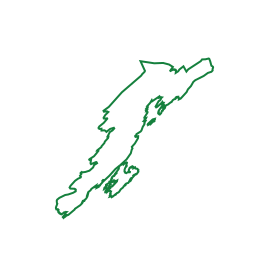 Tranøy nor, Troms, Norway, rotated 323°
{"feature_id": "86288312B72673303782724", "entity_name": "Tranøy nor", "entity_type": "district", "adm_level": 2, "iso_a3": "NOR", "parent_name": "Norway", "parent_adm1": "Troms", "projection": "robinson", "projection_center": [17.384, 69.178], "detail": "fine", "context": "isolated", "style": "outline", "palette": "green", "viewbox_px": 256, "rotation_deg": 323, "n_neighbors": 0, "source": "geoboundaries", "source_scale": "gbopen_adm2", "svg_char_len": 5909}
<svg xmlns="http://www.w3.org/2000/svg" viewBox="0 0 256 256"><g transform="rotate(323 128 128)"><path d="M178.2,82.2L175.9,92.6L175.0,93.1L171.4,93.6L170.3,94.1L144.6,95.8L125.4,99.6L118.8,99.5L118.6,100.5L121.2,102.0L121.9,103.4L117.8,103.9L114.7,105.1L114.4,105.8L114.7,106.2L117.1,107.7L117.0,108.1L111.8,109.3L106.0,109.5L104.6,110.1L104.3,110.7L104.7,111.6L106.4,112.6L105.3,114.1L107.7,115.6L108.3,116.7L108.4,118.1L113.2,118.0L116.8,119.3L116.7,120.1L114.1,120.6L111.1,120.3L106.5,122.5L107.2,123.1L106.1,124.0L101.4,124.9L100.0,125.8L95.8,126.7L95.2,127.2L90.1,127.3L89.8,127.4L90.8,128.1L90.7,128.4L87.7,129.2L83.9,130.1L78.5,129.7L77.2,130.3L78.9,130.2L79.6,130.9L77.4,133.0L76.7,133.9L76.7,134.6L82.1,136.0L82.3,136.4L82.1,137.5L78.6,137.2L76.4,138.5L71.6,138.9L67.6,137.5L64.7,135.9L64.6,135.3L63.5,135.3L63.5,135.9L62.9,135.9L62.9,136.7L60.9,137.3L61.0,138.7L60.4,139.0L57.5,138.4L54.0,138.3L47.2,139.6L45.5,140.4L45.5,141.7L48.7,144.3L49.1,145.1L48.8,145.4L49.1,145.9L48.1,147.1L45.1,146.7L40.2,145.1L37.5,143.7L31.2,142.5L28.3,142.6L27.3,143.2L26.0,145.3L26.0,145.9L22.7,148.0L22.1,148.8L21.8,149.8L22.8,150.4L22.5,151.1L23.2,151.0L23.3,151.6L22.5,152.1L22.3,153.4L21.7,153.6L21.8,154.3L22.1,154.3L22.8,156.0L22.3,156.0L22.7,156.9L22.3,157.1L26.4,156.9L27.4,157.8L28.6,157.4L28.1,157.8L28.4,158.1L26.3,158.2L26.2,158.5L27.1,158.7L25.9,159.0L26.1,159.4L23.4,159.5L24.5,159.8L24.6,160.0L23.2,159.7L21.5,160.1L23.6,160.4L23.1,161.0L24.4,161.0L24.1,161.2L25.4,160.9L27.9,161.3L27.5,161.5L36.3,161.0L37.0,160.6L43.4,160.9L46.2,160.5L46.4,160.4L46.1,160.1L48.1,159.0L49.3,159.4L48.8,159.8L49.2,160.0L49.6,159.8L49.5,159.4L52.1,159.2L54.3,158.3L54.8,157.9L53.5,158.1L57.6,155.3L60.6,155.2L62.1,154.6L67.8,154.7L67.3,155.0L68.0,155.2L67.8,155.6L69.5,155.6L68.1,155.9L68.4,156.0L67.9,156.4L68.5,156.1L69.1,156.3L67.9,156.6L67.7,156.7L68.2,156.9L67.7,157.1L69.3,157.4L69.9,156.9L69.6,156.3L70.6,156.2L70.1,156.5L71.6,156.8L70.7,157.2L70.9,157.2L71.8,156.6L74.5,156.1L75.2,155.7L75.3,155.1L74.9,155.0L76.9,154.5L77.2,154.8L76.0,155.8L84.5,154.9L93.1,153.2L98.1,153.0L98.3,153.4L96.4,154.1L96.4,154.7L95.7,155.2L91.2,156.5L92.0,156.8L91.6,157.3L90.0,157.3L88.2,158.0L87.5,157.9L87.4,157.5L86.2,157.5L85.1,158.0L84.8,158.8L84.3,158.5L83.6,158.9L82.9,159.8L82.9,159.5L82.1,160.0L80.8,159.6L80.1,160.5L76.3,160.1L75.5,161.0L76.6,161.1L76.5,161.4L73.3,161.5L72.3,162.3L74.5,162.4L73.2,163.4L74.2,163.0L74.8,163.3L75.0,163.6L74.6,164.1L75.0,164.2L78.2,163.3L78.2,162.8L80.3,162.5L80.3,162.0L79.8,162.0L81.0,161.1L83.2,161.8L84.4,161.2L85.1,161.3L84.9,161.7L85.7,162.3L84.8,163.1L87.7,163.4L87.0,164.0L80.7,165.1L80.6,164.7L79.4,165.0L78.5,164.6L77.3,164.9L77.3,165.4L76.3,165.2L76.5,164.6L76.1,164.2L74.0,164.4L71.3,165.0L71.7,165.1L71.1,165.7L71.3,165.9L70.8,166.0L73.8,165.8L74.4,166.3L74.1,166.5L75.4,166.4L75.3,166.8L75.9,167.4L75.6,167.8L76.2,168.5L74.0,169.8L73.8,170.2L74.1,170.5L72.9,171.0L73.2,171.5L72.2,171.9L73.3,172.3L73.3,173.3L74.2,173.1L74.4,173.6L78.0,173.4L78.1,173.8L79.8,173.3L81.2,173.6L80.9,173.7L82.6,173.6L85.3,172.6L88.4,172.5L89.5,171.9L91.5,172.2L92.3,171.7L92.1,171.4L93.2,171.3L95.2,172.0L98.2,171.0L98.5,171.3L96.9,171.7L98.2,171.8L99.3,171.3L98.8,171.1L99.2,170.8L98.4,170.6L99.9,169.9L101.8,170.3L103.8,169.9L103.7,169.1L104.7,169.1L104.8,169.4L106.4,169.4L106.7,169.5L106.5,169.9L107.2,170.0L109.9,169.2L110.2,168.9L110.1,168.3L111.0,167.8L110.8,167.3L111.0,166.3L109.6,164.9L110.0,163.7L108.1,163.4L108.7,162.8L108.3,162.3L108.8,162.0L108.5,161.3L106.3,162.0L107.2,161.6L106.7,161.4L106.9,160.9L105.4,160.8L103.2,162.1L102.8,163.5L103.5,164.9L101.9,163.8L101.9,163.2L99.4,163.0L98.8,161.9L99.2,161.2L99.0,160.7L100.2,159.2L102.1,158.0L103.9,157.7L104.1,157.5L103.7,157.1L106.3,155.1L106.2,154.7L105.0,154.8L104.7,154.2L102.7,154.4L102.8,154.2L102.2,153.9L102.4,153.5L102.1,153.4L101.4,153.6L100.5,153.4L100.3,152.9L107.9,152.2L115.0,149.9L118.0,147.5L119.3,147.0L119.7,145.4L124.2,144.5L129.8,142.2L131.0,140.9L130.4,140.6L130.6,140.4L128.8,139.8L128.6,139.2L129.1,138.6L130.2,138.7L131.1,138.0L136.0,138.4L137.2,138.1L140.6,135.9L143.1,135.0L143.9,134.4L144.0,133.8L146.2,132.9L144.9,131.9L146.8,131.5L146.5,131.2L146.9,131.0L147.6,131.3L148.4,130.9L146.9,130.4L147.3,129.5L152.9,127.4L153.2,126.9L152.8,126.4L152.7,125.8L153.3,125.5L152.9,125.4L153.5,125.0L153.2,124.6L155.2,123.9L154.6,123.4L156.4,122.9L156.8,122.6L156.5,122.1L157.0,122.0L160.7,121.3L163.7,120.1L163.4,121.2L171.6,121.6L171.2,122.1L171.7,122.1L171.4,122.6L172.7,123.0L173.5,123.9L172.0,124.0L172.0,124.5L170.2,125.2L168.6,125.0L162.9,127.5L162.9,128.5L164.2,128.7L169.6,128.2L169.3,128.5L169.9,128.5L171.2,127.8L171.2,128.2L170.2,128.7L171.4,129.4L169.4,130.2L169.7,130.7L169.6,131.0L170.7,131.1L170.5,132.7L169.4,133.1L168.2,132.8L167.5,132.3L168.0,131.7L168.0,131.3L167.7,131.2L163.1,132.6L161.8,133.5L162.1,134.0L161.0,134.6L161.3,135.1L160.3,135.6L161.3,135.6L161.5,136.4L163.4,136.1L165.5,134.7L166.1,135.1L167.3,134.5L169.0,134.4L167.7,134.1L168.7,133.6L169.7,133.7L169.8,134.0L170.1,133.8L169.8,133.7L170.6,133.1L172.3,132.8L173.9,133.3L177.8,133.2L178.3,133.5L180.5,132.7L182.2,132.8L183.1,133.3L184.1,133.1L183.8,133.0L184.3,132.4L185.5,132.4L187.0,133.3L186.3,134.4L186.8,135.0L185.9,135.8L187.8,136.2L196.4,134.6L199.1,133.2L203.5,132.4L207.9,130.5L210.5,130.3L219.8,132.0L225.0,132.1L228.4,133.3L230.2,133.0L231.0,131.8L232.3,131.0L232.7,130.1L232.1,128.4L233.8,124.2L234.5,121.7L234.3,121.1L230.9,119.6L228.5,117.8L226.3,118.4L211.4,117.4L208.6,118.1L209.4,112.1L204.3,112.2L202.2,112.9L199.3,112.7L201.1,110.8L201.1,110.0L199.9,109.5L200.0,108.7L195.5,107.9L200.6,106.2L199.0,102.0L195.2,97.2L187.9,92.1L178.2,82.2ZM152.8,136.0L146.5,136.7L146.0,137.0L146.4,137.4L146.1,137.7L148.7,138.2L148.6,138.5L150.3,138.2L151.5,137.5L150.9,138.1L152.2,138.0L152.5,138.4L153.1,138.4L153.1,138.1L154.5,137.4L154.4,137.1L154.9,136.8L152.8,136.0Z" fill="none" stroke="#15803d" stroke-width="2"/></g></svg>